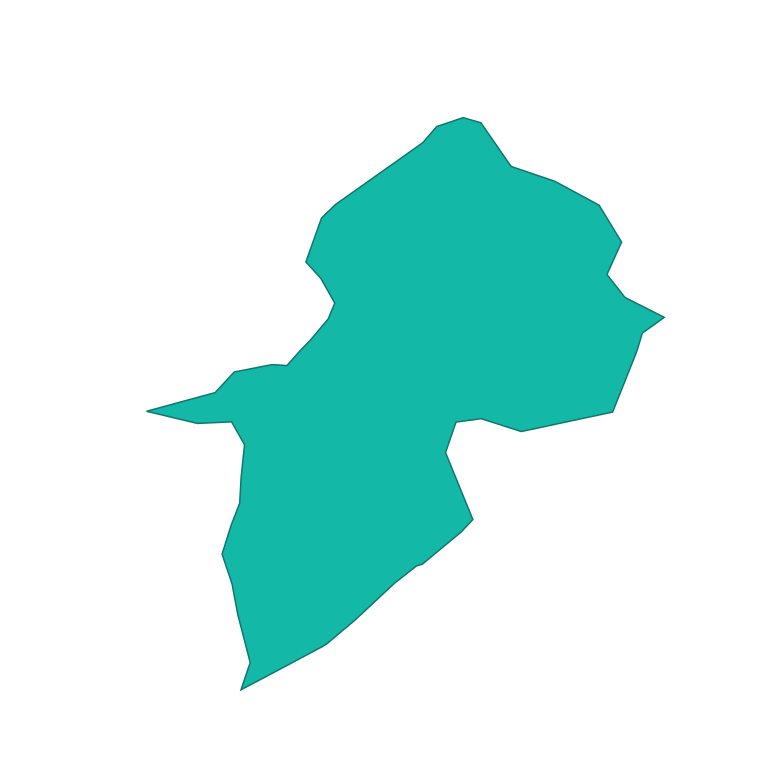 Bamboutos, Ouest, Cameroon (Albers equal-area conic projection), rotated 150°
{"feature_id": "32672807B7261733805593", "entity_name": "Bamboutos", "entity_type": "district", "adm_level": 2, "iso_a3": "CMR", "parent_name": "Cameroon", "parent_adm1": "Ouest", "projection": "albers", "projection_center": [10.332, 5.666], "detail": "fine", "context": "isolated", "style": "filled", "palette": "teal", "viewbox_px": 768, "rotation_deg": 150, "n_neighbors": 0, "source": "geoboundaries", "source_scale": "gbopen_adm2", "svg_char_len": 843}
<svg xmlns="http://www.w3.org/2000/svg" viewBox="0 0 768 768"><g transform="rotate(150 384 384)"><path d="M108.0,301.6L132.0,338.4L136.2,367.3L112.0,384.7L107.3,388.0L108.3,431.3L134.7,474.1L165.1,508.8L169.5,561.8L182.3,575.1L209.6,580.6L229.8,573.6L336.3,563.7L355.1,559.0L390.6,528.8L385.9,507.1L386.2,478.7L399.7,468.3L425.6,458.9L440.2,454.7L458.8,448.5L471.3,456.8L507.6,469.3L534.6,461.0L566.7,469.5L597.9,477.7L603.3,479.1L565.4,443.2L534.9,427.4L535.2,401.0L554.7,374.2L568.6,352.9L586.6,338.5L609.3,317.6L615.6,286.7L625.8,257.8L639.2,209.6L660.7,190.7L615.8,189.0L568.2,187.4L563.3,187.6L526.4,194.2L475.1,206.1L446.8,210.2L440.9,208.8L391.0,217.3L374.8,222.2L365.0,293.8L340.7,315.0L317.2,305.4L288.9,274.2L200.0,245.4L151.2,283.9L146.4,288.0L134.8,298.9L108.0,301.6Z" fill="#14b8a6" stroke="#0f766e" stroke-width="1.5"/></g></svg>